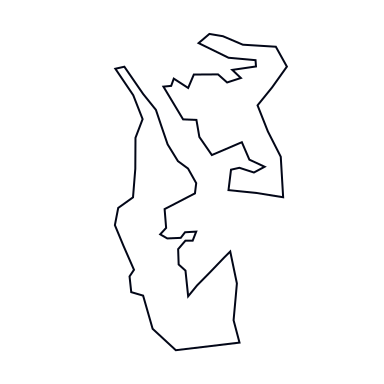 the border of Tai Po, rotated 277°
{"feature_id": "HKG-5169", "entity_name": "Tai Po", "entity_type": "state/province", "adm_level": 1, "iso_a3": "HKG", "parent_name": "Hong Kong S.A.R.", "parent_adm1": "", "projection": "natural_earth1", "projection_center": [114.263, 22.454], "detail": "fine", "context": "isolated", "style": "outline", "palette": "ink", "viewbox_px": 384, "rotation_deg": 277, "n_neighbors": 0, "source": "natural_earth", "source_scale": "10m", "svg_char_len": 1142}
<svg xmlns="http://www.w3.org/2000/svg" viewBox="0 0 384 384"><g transform="rotate(277 192 192)"><path d="M305.0,100.9L308.1,109.6L283.4,131.5L269.1,146.2L253.6,153.6L236.3,162.0L220.9,174.3L214.8,185.2L201.3,195.1L191.0,195.1L171.7,166.9L153.2,170.7L146.1,165.6L142.9,173.1L145.1,186.4L151.2,190.0L153.2,201.0L143.8,198.6L142.9,191.4L133.6,185.2L118.4,187.6L113.2,195.1L88.0,200.9L99.9,208.4L114.3,219.5L131.0,232.0L137.6,237.2L106.7,247.7L92.3,248.2L69.8,248.9L48.3,257.5L33.0,195.2L51.4,169.6L83.2,156.1L85.2,143.9L100.6,140.3L107.7,143.9L130.3,130.5L149.7,119.5L167.2,120.7L179.5,134.1L208.1,132.9L238.9,129.3L258.3,134.1L280.9,121.9L305.0,100.9ZM198.3,228.0L218.9,228.0L221.8,236.1L218.9,251.1L225.9,261.0L231.1,245.0L247.5,235.4L231.1,207.2L247.5,192.6L264.1,187.6L263.0,174.3L293.1,150.8L294.8,158.4L302.3,160.1L294.8,175.5L308.8,179.5L311.9,203.5L305.0,213.5L311.1,226.6L318.1,217.1L324.4,240.2L330.6,239.0L329.7,211.9L340.6,180.4L351.0,190.0L350.4,203.7L344.4,224.5L346.4,257.5L328.0,270.9L305.5,258.7L286.0,246.5L261.4,259.9L237.8,275.8L197.9,283.1L198.9,256.2L198.3,228.0Z" fill="none" stroke="#020617" stroke-width="2"/></g></svg>